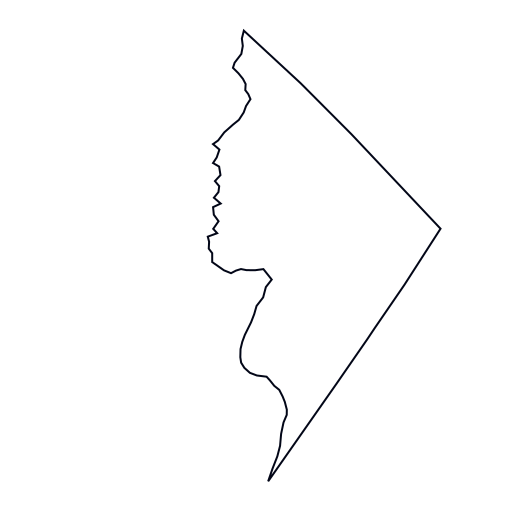 Sulina, Paraná, Brazil, rotated 215°
{"feature_id": "56859067B24150266218253", "entity_name": "Sulina", "entity_type": "district", "adm_level": 2, "iso_a3": "BRA", "parent_name": "Brazil", "parent_adm1": "Paraná", "projection": "mercator", "projection_center": [-52.696, -25.669], "detail": "fine", "context": "isolated", "style": "outline", "palette": "ink", "viewbox_px": 512, "rotation_deg": 215, "n_neighbors": 0, "source": "geoboundaries", "source_scale": "gbopen_adm2", "svg_char_len": 1160}
<svg xmlns="http://www.w3.org/2000/svg" viewBox="0 0 512 512"><g transform="rotate(215 256 256)"><path d="M318.4,423.1L395.2,433.6L392.3,426.0L387.3,420.5L383.9,413.1L384.4,402.1L382.8,396.9L375.2,395.6L368.3,393.6L363.1,390.9L359.9,385.7L355.2,384.2L350.5,381.3L350.2,373.2L348.4,366.5L348.1,357.7L350.2,350.4L352.9,339.1L353.3,328.9L355.4,323.0L347.0,322.2L344.7,314.2L344.5,307.5L337.5,308.1L331.5,301.9L332.6,293.8L326.2,292.1L323.4,286.8L323.9,279.6L315.0,278.7L319.2,271.4L314.2,265.6L306.6,263.0L306.6,253.7L300.9,252.4L306.6,244.2L302.6,240.8L298.9,234.9L293.5,233.2L288.4,225.9L274.0,225.9L266.6,227.6L264.0,232.6L260.8,236.7L255.6,239.0L248.4,244.0L242.4,249.5L229.6,245.7L230.1,236.2L226.4,226.2L226.9,215.4L224.1,207.3L222.0,198.8L219.9,185.0L218.0,177.8L215.3,170.9L210.8,164.1L207.0,160.1L201.4,157.7L194.0,156.8L186.8,158.6L178.1,163.2L173.3,162.1L166.5,160.1L160.2,159.7L153.6,156.2L148.7,153.0L142.6,147.8L139.7,143.5L138.0,135.5L133.4,124.7L127.4,114.3L123.6,104.1L120.5,91.3L116.8,78.4L116.8,197.9L117.0,230.3L117.1,251.3L117.4,265.0L117.9,317.5L120.5,384.2L247.7,410.5L318.4,423.1Z" fill="none" stroke="#020617" stroke-width="2"/></g></svg>